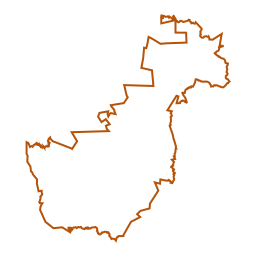 Temósachic, Chihuahua, Mexico (Robinson projection)
{"feature_id": "50627088B70211463313173", "entity_name": "Temósachic", "entity_type": "district", "adm_level": 2, "iso_a3": "MEX", "parent_name": "Mexico", "parent_adm1": "Chihuahua", "projection": "robinson", "projection_center": [-108.063, 28.777], "detail": "fine", "context": "isolated", "style": "outline", "palette": "amber", "viewbox_px": 256, "rotation_deg": 0, "n_neighbors": 0, "source": "geoboundaries", "source_scale": "gbopen_adm2", "svg_char_len": 5764}
<svg xmlns="http://www.w3.org/2000/svg" viewBox="0 0 256 256"><path d="M160.6,15.6L161.2,15.6L161.3,23.4L175.5,20.1L175.5,32.6L186.1,32.7L186.5,42.6L166.6,43.3L160.5,43.8L152.1,38.7L148.6,36.9L147.5,43.4L146.3,48.2L144.1,47.7L143.2,58.0L141.4,67.9L152.0,70.3L153.4,86.0L124.2,85.1L126.6,95.4L127.7,97.3L123.8,103.1L110.8,105.2L111.2,106.2L114.4,110.1L114.3,111.0L115.5,114.1L110.8,113.1L110.1,113.4L108.3,116.5L107.5,113.8L108.2,111.3L99.5,112.9L98.1,116.7L101.5,122.1L105.8,119.2L109.7,124.3L105.9,125.7L106.7,128.7L108.8,131.1L71.7,132.2L77.1,141.3L72.1,148.9L71.9,148.6L52.7,141.2L50.4,138.8L50.1,137.5L48.6,139.0L48.5,140.0L48.0,140.7L48.2,141.0L48.1,141.7L48.9,142.1L49.6,142.8L48.9,143.2L48.5,143.7L49.0,144.3L48.8,146.4L48.0,146.6L47.5,145.8L47.2,145.7L46.8,146.4L45.8,146.4L45.4,146.9L44.9,146.8L44.5,147.3L44.5,147.9L43.6,146.6L43.5,146.9L43.0,146.9L42.8,147.3L42.6,146.9L42.3,146.9L41.9,146.5L41.8,147.3L41.2,147.3L41.4,146.3L41.1,146.6L40.9,146.5L40.8,145.8L40.4,145.2L40.2,145.1L39.7,145.5L39.5,144.7L39.2,144.9L38.4,145.0L38.5,144.0L38.0,144.3L37.5,143.5L36.8,143.4L36.6,143.0L36.0,143.4L35.9,144.2L36.1,144.5L35.8,144.5L35.6,144.1L34.3,144.6L33.7,145.1L33.7,145.5L33.1,145.7L32.6,146.8L31.4,146.1L30.8,146.4L30.0,147.0L28.4,143.1L26.6,142.2L26.6,153.9L27.6,155.9L27.3,161.8L30.4,166.4L31.0,171.4L32.2,172.3L33.0,174.5L37.0,179.4L36.9,183.6L38.6,191.3L40.7,190.8L41.7,190.8L41.7,192.7L42.3,194.2L41.4,195.7L41.1,195.7L40.5,196.3L40.3,197.0L40.6,197.8L40.5,199.0L40.1,199.5L39.9,200.8L39.2,202.1L39.7,203.0L42.4,203.3L41.5,204.5L40.5,206.8L40.1,209.9L45.4,221.8L53.4,228.2L62.2,227.3L70.2,232.3L70.3,231.4L70.1,231.0L70.3,230.7L69.6,229.4L68.9,229.0L68.4,228.3L68.6,227.6L70.9,227.8L70.9,228.5L71.4,229.6L71.3,230.0L71.6,230.3L72.6,229.1L72.5,228.7L73.0,227.9L73.6,227.4L74.6,227.6L75.8,227.2L76.8,228.1L78.2,227.0L79.6,227.4L80.9,226.9L81.5,227.9L82.3,228.5L83.1,228.6L84.4,229.1L84.8,228.7L84.9,228.8L85.3,228.7L85.6,227.9L86.1,228.1L86.4,227.9L86.9,228.4L87.4,227.4L88.1,227.5L88.3,228.0L88.6,228.1L88.6,228.7L89.5,228.7L89.8,228.4L90.5,228.5L90.9,227.9L91.9,227.5L94.5,227.3L95.3,227.0L95.8,227.5L96.5,227.6L97.2,228.8L97.1,230.0L97.4,230.6L97.2,230.8L97.4,230.9L97.3,231.6L97.9,232.7L97.9,233.1L98.2,233.5L98.5,233.2L99.2,234.3L100.6,234.3L101.0,233.7L101.8,233.1L101.8,232.6L102.2,232.3L103.5,232.3L104.8,231.7L106.6,232.0L107.1,232.7L107.8,232.3L108.0,232.9L108.3,233.0L108.6,232.8L108.8,233.2L109.5,234.0L109.6,234.5L109.2,235.2L109.3,235.8L109.6,236.0L109.8,236.5L110.3,236.9L111.5,239.0L113.1,238.4L113.3,238.2L113.1,238.7L114.6,239.0L115.9,240.6L116.2,239.1L116.5,238.7L116.8,237.4L118.0,236.8L118.5,236.1L123.4,236.0L123.7,234.6L131.0,221.8L140.2,217.0L137.1,214.2L140.4,210.9L149.6,208.4L149.9,203.7L158.3,190.6L154.9,182.4L160.0,183.7L160.4,179.4L164.9,180.4L167.8,180.7L168.6,180.0L168.8,180.3L169.3,180.3L169.5,180.7L169.9,180.7L170.1,181.2L170.4,181.2L170.8,182.0L170.7,182.5L171.2,182.4L171.5,183.0L172.3,183.1L172.9,181.9L173.0,181.3L174.1,179.6L174.0,179.4L174.2,178.7L173.8,178.1L173.6,176.7L174.1,175.6L173.4,174.1L174.1,173.6L174.7,173.6L174.8,172.9L174.0,172.5L173.5,171.6L172.6,171.7L173.2,171.4L172.9,170.8L173.0,170.4L173.6,170.2L174.1,169.7L173.7,169.0L173.1,169.1L172.3,167.6L171.4,167.3L171.8,166.5L171.5,166.3L171.6,166.2L172.2,165.9L172.7,166.1L172.8,165.9L172.7,165.6L172.9,165.1L173.1,165.1L173.0,164.8L173.5,163.0L174.0,162.0L171.9,159.7L175.1,159.0L173.9,156.5L174.8,156.5L174.6,153.7L175.2,152.9L175.7,148.8L176.1,148.7L175.8,148.4L176.0,146.6L173.9,139.4L173.7,139.3L172.7,134.5L169.7,125.9L170.0,125.8L170.1,125.2L170.6,125.2L170.7,124.9L170.2,124.1L171.0,121.0L170.7,116.8L171.9,115.9L171.2,113.9L171.2,113.3L170.7,113.0L171.8,111.3L167.4,110.3L176.5,95.8L178.4,96.4L176.6,103.2L180.0,103.1L180.3,101.9L181.6,101.0L182.2,101.0L182.5,100.5L184.0,100.8L184.7,101.7L186.4,102.6L186.8,102.3L185.2,97.7L183.3,95.1L182.0,92.1L182.3,92.5L183.6,92.8L183.7,93.1L184.1,92.8L184.7,93.0L185.4,90.1L186.4,89.1L187.2,89.0L187.6,88.7L187.2,88.6L187.5,88.2L187.9,88.3L189.0,87.9L189.0,87.5L190.1,87.5L190.1,87.2L191.2,87.3L191.3,86.3L193.0,86.6L195.0,82.6L195.6,79.5L196.0,79.2L198.0,79.8L198.1,80.3L198.7,80.7L199.4,80.7L199.7,80.5L200.8,81.3L201.9,81.4L202.1,81.7L204.4,81.6L204.9,81.8L205.6,81.5L207.6,81.8L209.5,82.9L209.7,83.7L210.7,84.8L211.0,86.5L213.2,86.4L213.5,85.7L214.2,85.2L215.2,85.6L216.1,85.1L218.5,85.9L219.6,86.5L220.5,86.5L221.0,87.0L222.9,87.4L224.7,86.3L227.2,83.2L227.7,82.9L228.1,83.0L228.2,82.7L229.4,81.5L229.0,81.3L228.8,80.6L227.9,79.3L226.1,78.5L225.8,77.9L225.8,76.0L226.1,75.6L227.1,75.2L227.6,73.8L227.3,73.0L226.5,72.0L227.3,69.4L226.6,67.0L227.0,65.9L227.7,65.1L227.9,63.5L225.6,63.0L225.3,62.5L225.3,61.3L225.0,60.5L224.4,59.4L222.7,58.4L221.2,58.2L219.4,56.6L219.0,56.9L218.6,56.7L218.0,55.8L216.8,55.3L216.5,54.8L215.5,54.2L214.7,53.2L214.9,52.9L215.8,52.8L216.3,51.7L218.4,50.7L219.3,48.8L218.9,47.2L219.1,46.9L219.9,46.8L220.3,47.0L223.6,46.1L219.7,45.3L221.7,33.9L212.6,39.7L209.4,39.5L209.4,38.5L208.6,36.7L208.4,37.1L208.1,37.0L206.4,36.2L204.1,36.6L203.6,37.5L202.2,37.8L200.5,36.5L200.1,35.8L200.4,34.9L200.8,34.6L200.3,33.7L200.6,32.9L200.3,31.6L201.5,29.8L201.7,28.7L195.8,22.4L195.6,23.4L194.6,23.7L193.6,23.3L193.3,22.8L191.3,23.3L191.2,22.9L191.5,22.5L189.9,21.4L189.6,20.6L189.7,20.0L188.7,19.7L187.8,20.7L183.3,22.0L181.5,20.9L180.2,20.9L179.9,21.5L178.5,22.3L177.4,21.8L177.0,20.9L176.5,20.8L175.8,20.2L175.7,19.1L174.3,17.1L174.1,16.4L173.6,15.9L173.1,16.4L173.6,17.1L173.5,18.6L173.1,18.8L172.9,19.6L172.6,19.7L172.4,18.8L170.5,17.3L170.0,17.3L169.1,16.3L168.4,16.4L169.0,17.6L168.8,17.7L167.7,16.4L165.4,16.9L165.1,16.8L164.2,15.9L163.3,16.0L163.0,16.4L162.8,17.5L163.0,19.0L162.3,17.5L162.2,16.0L161.9,15.4L160.6,15.6Z" fill="none" stroke="#b45309" stroke-width="2"/></svg>